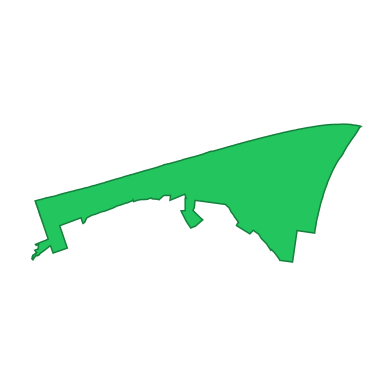 outline of Kolkas pag., Dundagas, Latvia, rotated 12°
{"feature_id": "27541924B54610499536765", "entity_name": "Kolkas pag.", "entity_type": "district", "adm_level": 2, "iso_a3": "LVA", "parent_name": "Latvia", "parent_adm1": "Dundagas", "projection": "orthographic", "projection_center": [22.427, 57.687], "detail": "fine", "context": "isolated", "style": "filled", "palette": "green", "viewbox_px": 384, "rotation_deg": 12, "n_neighbors": 0, "source": "geoboundaries", "source_scale": "gbopen_adm2", "svg_char_len": 5919}
<svg xmlns="http://www.w3.org/2000/svg" viewBox="0 0 384 384"><g transform="rotate(12 192 192)"><path d="M68.8,280.6L81.7,272.8L69.6,252.5L88.8,240.3L91.7,245.3L91.9,245.5L93.1,244.2L93.5,243.5L93.6,242.8L94.1,240.6L94.2,239.9L94.7,239.1L95.0,238.7L98.6,235.8L99.5,235.2L101.8,234.0L102.5,233.6L106.8,230.7L108.5,229.8L110.0,229.1L110.9,228.7L117.2,224.6L117.9,224.2L121.3,221.5L122.2,220.9L124.9,219.5L129.1,216.9L131.3,215.9L133.2,214.5L135.8,212.8L136.1,212.5L136.1,212.2L137.0,213.5L140.8,211.2L143.5,210.1L148.7,208.8L149.6,208.5L153.4,206.2L154.4,206.7L154.5,207.0L159.6,206.3L160.4,206.3L161.3,206.5L163.5,203.4L164.2,202.4L165.3,201.2L171.7,199.8L172.2,204.7L185.3,195.7L187.7,199.4L186.6,199.5L189.2,211.6L185.2,212.7L185.7,213.5L192.8,222.2L198.3,227.5L200.5,225.9L202.2,225.0L205.2,221.1L208.3,217.0L204.8,215.0L196.8,209.9L197.5,206.6L196.7,199.6L201.9,199.1L224.9,197.4L227.0,197.2L227.3,197.2L227.3,197.3L231.5,199.7L233.9,202.6L234.1,203.1L237.2,205.7L238.8,207.6L240.0,208.5L243.0,211.3L243.0,211.5L243.9,212.3L243.2,213.1L242.8,214.1L242.5,215.6L247.7,217.5L257.3,220.9L259.9,216.7L266.3,219.6L269.5,223.1L275.6,227.1L279.8,231.3L281.2,232.6L281.7,231.7L283.0,232.7L285.6,234.3L285.7,234.5L287.9,236.4L288.9,237.4L291.2,239.4L291.8,240.3L292.1,240.6L304.9,239.6L302.8,207.9L320.5,206.7L320.5,206.3L320.3,205.1L320.3,204.3L320.2,202.6L320.1,199.1L319.9,195.5L319.8,193.4L319.9,190.3L320.0,189.8L320.0,189.4L320.0,187.8L320.0,186.9L320.0,185.7L320.1,184.6L320.0,184.0L320.1,183.5L320.2,177.3L320.6,172.4L320.9,170.7L321.0,169.7L321.0,167.0L321.5,162.6L321.7,161.0L322.1,158.9L322.6,154.9L322.6,154.0L322.8,153.2L323.2,151.3L323.4,150.3L323.6,149.0L325.0,142.3L325.2,141.6L325.4,140.8L326.2,138.1L326.3,137.6L326.7,136.1L327.0,135.1L327.3,134.3L327.6,133.0L328.9,129.6L329.4,128.5L329.9,127.4L330.6,126.2L331.5,123.8L332.1,122.0L332.2,121.1L332.6,119.9L332.8,119.2L333.0,118.8L333.4,117.6L333.5,117.0L333.7,116.4L333.8,116.1L334.5,114.3L334.8,113.5L335.5,112.0L335.8,111.0L336.2,110.3L336.7,108.8L337.2,107.8L337.7,106.4L338.4,105.0L339.5,102.4L339.9,101.6L340.1,100.9L340.6,99.5L341.0,98.8L341.2,98.0L341.5,97.3L341.6,96.6L341.9,96.0L342.1,95.1L342.2,94.7L342.5,94.2L342.9,93.7L343.2,92.9L343.3,92.8L343.5,92.8L343.6,92.7L342.8,92.6L338.5,92.6L337.2,92.8L336.0,92.9L335.2,93.1L334.6,92.9L333.7,92.9L330.0,93.4L328.8,93.7L327.7,93.8L326.7,94.1L325.7,94.2L323.1,94.9L322.2,95.1L321.2,95.4L320.2,95.6L318.8,96.0L317.7,96.1L316.3,96.6L315.6,96.7L314.7,96.9L309.9,98.3L307.7,99.1L306.6,99.4L300.2,101.7L299.0,102.3L297.2,102.8L296.2,103.4L294.6,103.9L293.3,104.5L292.3,104.7L290.1,105.7L289.3,106.0L284.8,107.9L282.9,108.6L282.1,109.0L280.2,110.0L278.5,110.6L276.9,111.3L276.1,111.6L274.1,112.6L272.6,113.2L271.1,114.0L269.9,114.4L268.8,115.0L267.2,115.7L265.3,116.7L264.3,117.1L263.2,117.7L261.8,118.2L260.8,118.8L259.1,119.5L258.2,120.1L256.9,120.6L255.1,121.6L254.2,121.9L253.1,122.6L252.4,122.9L251.5,123.2L250.1,124.0L249.1,124.4L247.9,125.1L245.9,126.0L243.6,127.2L242.7,127.6L241.3,128.4L239.9,129.0L238.8,129.7L237.2,130.3L236.2,130.9L234.8,131.6L234.1,132.0L232.1,133.0L231.3,133.5L229.7,134.1L229.2,134.6L228.7,134.9L227.0,135.5L226.2,136.1L224.3,137.0L221.9,138.4L220.4,139.0L218.8,140.0L217.7,140.4L216.3,141.3L214.6,142.1L213.3,142.9L212.5,143.3L211.3,143.8L210.3,144.5L208.3,145.4L207.3,146.1L205.5,146.9L204.2,147.7L203.7,147.9L202.7,148.0L202.2,148.1L201.6,148.6L200.5,149.1L200.1,149.3L198.9,150.2L197.3,151.0L196.3,151.8L194.7,152.7L193.7,153.4L192.3,154.0L191.1,154.8L189.8,155.4L188.6,156.1L187.2,156.8L186.3,157.3L183.1,158.8L181.6,159.6L180.6,160.1L177.6,161.6L176.2,162.4L175.8,162.6L174.8,163.4L174.2,163.7L172.9,164.2L172.5,164.5L172.0,164.8L170.6,165.4L169.4,166.3L168.8,166.5L168.1,166.7L167.7,166.9L166.2,167.9L165.7,168.1L165.2,168.1L164.0,169.0L163.3,169.3L162.9,169.3L162.5,169.4L161.4,170.1L159.1,171.0L158.3,171.7L157.2,172.4L156.1,173.1L154.9,173.7L153.0,175.0L152.3,175.3L151.9,175.4L151.4,175.8L150.9,176.1L149.4,176.8L148.4,177.5L147.4,177.9L146.6,178.4L145.4,178.9L144.3,179.6L143.5,179.9L142.4,180.5L140.0,181.7L137.9,183.0L137.0,183.3L136.4,183.8L134.9,184.6L134.3,184.8L132.5,185.9L131.6,186.3L130.0,187.3L128.3,187.9L127.3,188.5L126.4,189.1L125.2,189.6L124.1,190.3L122.4,191.1L121.8,191.6L120.3,192.4L119.2,193.1L117.6,193.8L116.4,194.6L115.8,194.7L115.1,195.1L114.7,195.3L113.3,196.1L113.1,196.3L112.7,196.5L111.4,197.0L110.8,197.4L110.1,197.9L109.4,198.2L107.9,199.1L105.9,200.1L103.8,201.5L101.8,202.3L100.8,203.0L99.5,203.6L98.7,204.1L97.6,204.6L95.8,205.7L94.6,206.1L92.2,207.4L89.3,209.1L88.3,209.6L87.9,209.6L86.0,210.6L85.0,211.0L84.9,211.2L84.0,211.7L83.4,212.0L82.9,212.1L82.2,212.5L77.5,214.7L76.4,215.4L72.1,217.4L70.6,218.2L68.1,219.4L63.8,221.6L61.3,223.0L58.7,224.5L57.1,225.2L56.7,225.4L55.1,226.0L53.4,226.9L52.1,227.5L51.6,227.7L51.1,227.7L49.2,228.9L47.9,229.5L47.0,230.1L43.7,231.6L40.4,233.4L40.8,233.8L41.4,234.9L41.6,235.3L41.8,235.5L42.0,235.5L41.9,235.9L42.0,236.1L42.3,236.3L42.8,237.2L42.8,237.5L43.4,238.0L43.6,238.7L43.9,239.2L44.1,239.2L44.0,239.4L44.3,239.8L44.5,240.2L44.8,240.5L44.8,240.8L45.9,242.2L46.0,242.2L46.2,242.6L46.2,243.4L46.5,243.4L46.7,243.5L46.9,243.8L47.1,244.7L47.5,245.0L47.6,245.4L47.9,245.7L47.8,246.0L48.1,246.2L48.3,246.2L48.3,246.6L48.6,246.7L48.7,247.4L49.0,247.8L49.5,248.5L49.9,248.9L50.0,249.5L50.2,249.8L50.4,249.8L50.8,250.4L50.8,250.7L51.1,251.1L51.4,251.5L51.5,251.5L51.6,252.0L51.7,252.3L52.0,252.5L52.0,252.8L52.3,253.2L52.4,253.3L61.1,267.9L59.2,269.5L55.5,271.9L49.8,275.8L50.7,276.6L52.8,275.1L53.2,279.0L53.1,279.6L53.1,280.1L52.2,280.4L50.3,281.7L52.7,283.6L51.8,284.3L52.0,284.9L51.8,285.5L51.5,285.6L51.0,285.4L49.4,287.1L49.8,287.8L49.2,288.4L49.3,288.8L49.6,289.2L49.2,290.5L50.5,291.4L51.3,289.2L52.4,287.3L53.3,286.4L53.7,286.5L54.1,286.5L55.0,285.8L55.7,285.0L55.7,284.4L57.8,281.9L59.9,279.6L64.5,274.0L65.2,274.7L68.8,280.6Z" fill="#22c55e" stroke="#15803d" stroke-width="1.5"/></g></svg>